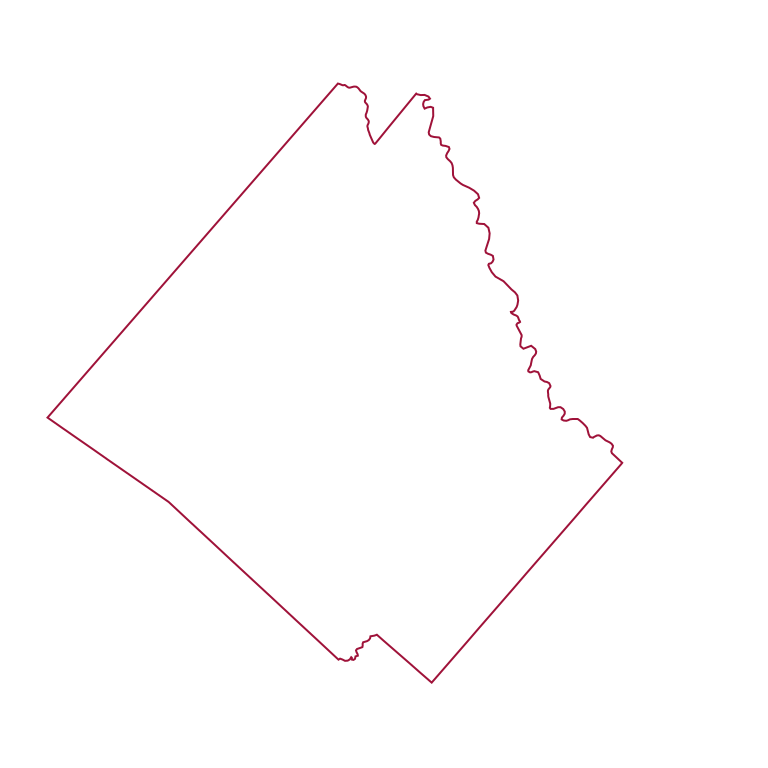 the State of Arkansas, rotated 311°
{"feature_id": "USA-3528", "entity_name": "Arkansas", "entity_type": "State", "adm_level": 1, "iso_a3": "USA", "parent_name": "United States of America", "parent_adm1": "", "projection": "equal_earth", "projection_center": [-91.2, 34.755], "detail": "fine", "context": "isolated", "style": "outline", "palette": "rose", "viewbox_px": 768, "rotation_deg": 311, "n_neighbors": 0, "source": "natural_earth", "source_scale": "10m", "svg_char_len": 4282}
<svg xmlns="http://www.w3.org/2000/svg" viewBox="0 0 768 768"><g transform="rotate(311 384 384)"><path d="M567.1,350.1L567.4,350.7L570.5,354.7L570.4,360.3L567.0,364.9L562.4,368.2L551.2,373.0L550.0,374.7L550.5,377.0L551.6,379.7L552.1,382.1L550.7,383.9L549.8,385.0L547.6,385.7L545.4,385.6L543.5,384.3L542.2,384.7L540.8,387.4L539.1,392.0L538.2,397.7L540.0,406.8L539.0,418.1L539.1,422.7L538.3,426.6L535.0,430.5L531.4,432.7L529.1,433.6L524.9,434.2L523.7,434.1L522.9,433.6L521.7,432.5L521.2,433.2L521.2,434.4L521.5,436.3L522.4,438.8L522.6,440.5L522.2,441.6L520.8,444.1L520.5,445.4L520.1,446.0L519.1,445.8L517.5,444.9L516.1,445.0L515.5,445.2L515.0,446.0L511.2,455.8L509.9,456.9L508.3,457.5L503.3,460.9L502.0,462.3L502.1,466.1L509.4,470.0L509.6,475.2L508.3,477.6L506.7,478.6L504.7,478.9L502.3,478.8L500.0,479.3L495.7,481.7L494.4,482.5L489.0,483.8L488.2,484.7L488.6,486.6L489.6,487.5L490.9,488.1L492.3,489.0L494.0,492.6L492.5,495.9L490.6,498.9L491.2,503.5L492.4,505.6L493.0,508.1L491.7,511.0L490.7,511.5L488.0,511.6L486.8,511.9L485.8,512.7L483.7,515.0L483.0,515.5L482.1,516.5L478.2,522.4L476.3,523.9L474.8,524.8L474.5,526.0L476.5,528.3L480.7,530.6L482.3,532.4L482.7,535.7L481.8,538.5L480.1,539.9L477.8,540.3L475.4,540.3L473.8,541.3L474.3,543.5L475.8,545.7L477.4,546.7L479.3,547.5L481.3,549.3L484.7,553.2L484.9,555.6L484.9,559.5L484.6,563.5L484.1,566.0L480.3,571.5L479.2,574.4L480.6,577.0L481.7,577.2L484.9,578.5L486.2,579.8L486.7,581.4L486.8,588.1L488.0,592.6L488.2,594.9L487.6,597.3L486.3,598.2L484.2,598.8L482.2,599.8L481.3,601.4L480.8,615.5L479.4,615.6L461.3,615.6L443.2,615.6L425.1,615.6L407.0,615.7L388.9,615.7L370.8,615.7L352.7,615.7L334.6,615.7L316.5,615.8L298.4,615.8L280.3,615.8L262.2,615.8L244.2,615.9L226.1,615.9L208.0,615.9L189.9,615.9L189.9,599.9L190.0,583.9L190.0,567.8L190.0,551.8L190.1,543.1L189.1,542.6L187.6,541.7L184.7,539.3L182.8,540.4L180.7,540.5L178.8,539.9L175.4,537.7L173.9,538.3L172.5,539.6L171.2,540.3L166.3,537.5L164.6,537.6L163.6,539.2L162.8,541.3L161.8,542.5L159.7,541.2L157.6,542.4L155.8,542.0L155.0,540.7L156.3,539.3L156.3,538.5L153.8,538.9L151.4,538.1L149.5,536.2L148.8,533.4L147.9,531.0L146.1,530.5L147.1,501.4L148.0,472.4L149.0,443.3L149.9,414.4L150.8,385.5L151.8,356.6L152.7,327.7L153.7,298.9L151.7,280.5L149.7,262.1L147.7,243.7L145.7,225.4L143.8,207.0L141.8,188.7L139.8,170.4L137.9,152.1L165.1,152.1L192.3,152.1L219.6,152.1L246.8,152.1L274.0,152.1L301.3,152.1L328.5,152.1L355.7,152.1L383.0,152.1L410.2,152.1L437.4,152.1L441.2,152.1L464.7,152.1L491.9,152.1L519.1,152.1L546.4,152.1L573.6,152.1L580.5,152.1L580.6,152.4L580.8,152.7L581.3,153.7L582.3,156.7L582.6,157.1L583.0,157.5L583.5,157.8L583.9,158.2L584.0,158.7L584.1,159.3L584.2,161.4L584.3,162.1L584.5,162.8L584.8,163.3L585.2,163.8L588.5,166.0L588.9,166.4L589.4,166.9L589.7,167.4L590.1,167.9L590.3,168.6L590.4,169.3L590.4,170.0L590.4,170.8L589.7,174.0L589.7,174.8L590.2,178.7L590.1,179.3L590.0,180.0L589.8,180.6L589.5,181.2L589.2,181.8L588.8,182.2L588.3,182.6L587.8,182.9L585.3,183.7L584.8,184.1L584.4,184.6L584.2,185.2L583.9,187.8L583.6,188.5L583.3,189.1L583.0,189.6L582.5,190.0L579.4,191.9L577.2,192.9L575.9,193.3L575.4,193.5L574.4,194.3L574.0,194.7L573.6,195.3L573.4,195.9L573.2,196.6L573.1,197.8L573.0,198.5L572.7,199.2L572.5,199.8L572.1,200.3L571.6,200.7L571.1,201.0L570.5,201.3L568.6,201.8L568.0,202.1L567.6,202.4L567.2,202.9L566.5,204.0L565.3,205.4L563.7,208.4L562.8,209.7L559.3,217.1L559.0,218.3L559.0,218.9L559.1,219.5L559.7,219.7L567.0,219.5L581.2,219.0L595.3,218.6L609.5,218.2L623.7,217.8L623.9,217.8L624.1,217.8L624.3,217.8L624.3,218.7L626.1,222.1L628.8,225.0L630.1,229.0L629.5,231.5L627.9,231.1L625.0,228.6L622.8,228.9L620.9,229.9L619.5,231.5L618.5,234.0L621.2,235.3L623.8,237.4L624.7,239.8L618.5,245.4L603.3,252.6L601.9,254.4L601.8,256.8L603.3,259.8L606.2,263.8L606.1,265.5L604.4,267.6L602.7,269.1L602.0,270.3L602.5,271.9L604.1,274.3L605.4,277.5L604.4,279.2L602.1,279.9L599.7,280.2L597.2,281.0L596.0,282.3L595.6,284.6L595.5,287.9L595.1,290.1L593.9,292.3L592.3,294.2L587.0,299.0L585.8,301.1L585.4,304.2L585.6,310.2L586.0,312.9L588.0,319.5L589.0,325.1L588.9,330.4L586.9,333.7L584.8,333.6L582.1,332.8L579.7,332.9L578.7,335.2L578.5,337.8L577.8,340.1L576.8,342.1L575.3,343.8L571.6,346.1L569.3,347.1L567.4,347.5L566.3,348.5L567.1,350.1Z" fill="none" stroke="#9f1239" stroke-width="2"/></g></svg>